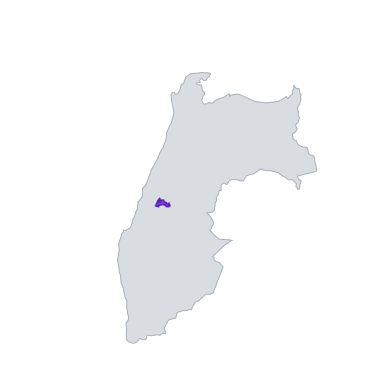 location of Junin, Junín, Peru, rotated 47°
{"feature_id": "86281439B69891072008043", "entity_name": "Junin", "entity_type": "district", "adm_level": 2, "iso_a3": "PER", "parent_name": "Peru", "parent_adm1": "Junín", "projection": "natural_earth1", "projection_center": [-75.905, -11.058], "detail": "fine", "context": "in_parent", "style": "filled", "palette": "violet", "viewbox_px": 384, "rotation_deg": 47, "n_neighbors": 0, "source": "geoboundaries", "source_scale": "gbopen_adm2", "svg_char_len": 6794}
<svg xmlns="http://www.w3.org/2000/svg" viewBox="0 0 384 384"><g transform="rotate(47 192 192)"><path d="M263.0,111.4L262.9,112.4L261.8,112.9L260.7,112.2L259.2,112.4L256.9,110.0L251.3,110.3L248.9,113.2L245.2,113.8L241.2,115.2L236.7,115.7L229.6,120.3L227.9,122.2L224.7,124.8L222.1,125.8L220.8,134.1L218.2,138.9L217.2,141.6L218.6,145.6L218.5,147.5L217.1,149.1L215.9,149.3L213.4,151.0L209.8,154.7L209.2,157.5L210.4,161.2L209.9,161.7L206.9,162.4L207.0,164.4L206.4,165.2L208.9,168.2L210.3,168.9L210.4,169.7L210.2,170.4L209.6,170.8L209.6,171.4L211.4,173.6L212.7,178.1L215.4,180.2L215.4,181.7L216.2,183.1L217.5,184.1L220.7,188.6L220.8,190.6L217.4,195.4L223.0,195.4L229.0,197.0L229.9,197.7L230.6,199.9L230.7,201.3L231.9,202.4L231.8,205.0L239.8,205.0L244.9,204.4L253.4,196.5L254.7,195.8L254.0,197.5L253.9,198.8L254.3,200.1L253.3,202.1L253.2,221.3L254.7,220.3L256.7,222.1L258.1,222.2L262.7,220.0L268.0,220.4L280.3,245.6L279.2,247.3L279.3,248.6L277.7,249.7L276.2,251.7L276.0,261.8L274.7,264.8L275.4,266.4L276.1,269.6L277.2,271.5L277.5,272.7L277.4,273.2L275.6,274.3L275.5,276.1L272.4,279.7L271.8,282.1L270.6,282.9L270.4,285.6L273.2,290.1L271.4,292.7L269.7,296.6L272.4,304.9L273.6,306.1L274.8,306.0L276.6,306.8L277.6,308.0L275.3,309.5L274.9,310.2L275.1,312.9L272.6,315.0L269.2,320.2L268.3,320.5L266.6,322.0L266.3,322.8L266.6,323.6L268.0,325.1L268.2,327.0L265.8,329.3L264.1,329.6L263.4,330.2L264.1,333.4L264.1,334.9L263.5,336.6L262.3,338.4L258.8,340.4L255.5,340.7L250.0,335.9L248.3,333.9L242.9,329.9L242.1,325.6L240.3,323.6L236.9,322.0L234.3,319.8L232.3,318.8L227.4,314.0L222.9,312.5L214.5,307.4L210.0,305.8L204.2,301.1L201.0,299.8L198.5,297.6L190.9,292.9L189.7,291.4L188.5,289.1L186.8,287.7L184.9,284.6L182.1,282.7L179.4,280.3L176.0,273.6L174.5,272.1L174.3,269.1L173.2,267.7L174.9,266.7L175.9,262.1L175.4,259.7L171.5,253.4L170.7,250.8L167.9,246.0L166.9,243.1L164.6,241.0L163.7,239.2L162.4,238.4L162.3,236.2L161.5,232.0L160.2,229.8L155.7,225.9L155.3,221.5L154.3,218.5L148.0,206.4L144.3,194.7L141.2,188.2L140.0,184.5L139.9,182.5L137.6,179.0L136.4,175.9L131.2,169.8L128.3,163.0L127.9,161.0L125.8,157.3L122.6,152.5L120.9,150.5L111.1,144.6L106.5,140.9L105.9,139.1L106.2,138.0L107.2,136.9L108.6,137.7L109.4,137.4L110.1,136.1L110.1,134.1L109.2,131.5L106.1,126.5L106.9,124.2L103.7,118.4L104.4,112.8L105.2,111.3L109.9,105.6L111.2,103.2L113.3,101.7L115.3,99.4L117.8,97.6L118.6,98.2L119.3,101.3L119.2,103.3L119.9,105.5L118.2,107.6L116.3,107.2L115.5,107.7L115.3,108.7L115.6,110.2L116.1,110.9L117.5,110.9L115.6,113.9L115.7,114.5L117.0,115.1L118.3,114.3L119.6,112.6L120.5,112.3L125.3,115.3L127.5,114.9L129.2,116.3L129.4,118.4L131.8,122.6L135.4,123.6L136.0,123.3L136.8,121.7L137.6,121.5L137.7,119.1L140.8,116.7L141.3,115.0L140.8,113.8L140.9,112.8L142.7,107.3L143.3,106.8L143.8,105.0L144.5,103.9L145.6,97.8L146.4,97.8L147.3,99.2L148.2,98.9L147.7,97.5L147.9,97.0L151.3,92.1L152.4,91.0L168.9,84.2L177.2,77.2L184.5,67.5L186.8,57.6L187.6,58.3L189.0,58.1L188.5,54.1L188.8,52.2L188.8,51.6L186.5,49.3L185.6,46.7L183.6,45.2L183.7,44.6L185.8,45.2L187.7,44.9L189.3,43.3L190.5,43.5L193.2,45.7L195.3,45.9L195.9,47.5L197.9,48.6L200.6,52.1L201.9,55.8L201.8,56.4L203.0,58.4L205.7,59.3L208.4,62.1L211.2,62.9L212.5,65.4L213.2,66.2L213.6,67.6L213.2,69.2L213.6,70.1L215.6,71.6L217.4,71.6L217.8,72.3L218.7,76.4L218.1,78.5L218.4,79.6L220.7,80.6L221.3,81.5L223.2,81.7L225.8,80.8L229.0,82.0L231.5,81.6L232.6,81.3L233.8,80.4L234.8,80.4L237.3,77.8L238.0,77.6L240.7,78.7L243.0,80.5L245.8,80.2L247.0,79.1L249.0,78.4L252.7,80.6L253.5,81.7L254.5,81.9L258.4,84.0L259.1,84.9L261.2,85.8L261.7,86.5L261.5,87.3L252.2,104.0L255.1,105.4L257.8,104.5L259.2,105.6L260.2,108.3L262.3,110.2L263.0,111.4Z" fill="#d9dde1" stroke="#a8b0b8" stroke-width="1"/><path d="M186.7,219.1L186.7,218.8L186.7,218.7L186.8,218.7L187.0,218.5L187.0,218.4L187.0,217.9L186.9,217.7L187.0,217.6L186.9,217.4L186.6,217.1L186.3,217.1L186.2,217.1L185.9,217.2L185.9,217.3L185.9,217.5L185.7,217.6L185.7,217.4L185.6,217.2L185.5,217.3L185.4,217.2L185.2,217.2L184.8,217.0L184.7,217.0L184.6,216.8L184.5,216.7L184.5,216.8L184.4,217.0L184.4,217.3L184.4,217.5L184.3,218.0L184.2,218.0L184.0,218.3L183.8,218.3L183.5,218.4L183.4,218.3L183.1,218.4L183.1,218.5L182.9,218.6L182.7,218.5L182.8,218.4L182.8,218.2L182.7,218.2L182.4,218.1L182.2,218.1L182.1,218.3L181.8,218.4L181.6,218.3L181.4,218.3L181.0,218.7L181.0,218.9L181.0,219.0L180.8,219.2L180.8,219.3L180.7,219.3L180.6,219.2L180.4,219.0L180.2,219.0L179.9,219.0L179.7,219.1L179.6,219.3L179.4,219.3L179.3,219.2L179.1,219.0L179.1,218.9L179.0,218.7L178.9,218.6L178.6,218.3L178.4,218.4L178.3,218.6L178.1,218.8L178.0,219.0L177.9,219.1L177.8,219.3L177.7,219.3L177.4,219.4L177.3,219.5L177.2,219.7L177.2,219.8L177.1,220.0L176.9,220.2L176.9,220.3L176.8,220.6L177.0,220.6L176.9,220.6L177.0,220.7L176.9,220.7L177.1,220.7L177.4,220.8L177.5,220.9L177.7,221.1L177.8,221.2L177.8,221.3L177.8,221.6L178.0,221.6L178.3,221.6L178.3,221.8L178.3,222.0L178.2,222.0L178.1,222.3L178.1,222.5L177.9,222.6L177.7,222.6L177.6,222.8L177.6,222.7L177.6,222.9L177.6,223.0L177.3,223.0L177.3,222.9L177.1,222.9L177.1,223.1L176.9,223.0L176.7,222.8L176.7,222.7L176.8,222.7L176.7,222.6L176.8,222.6L176.7,222.5L176.4,222.5L176.3,222.2L176.2,222.0L176.1,221.9L175.9,221.7L175.7,221.4L175.6,221.2L175.4,220.9L175.3,220.7L175.2,220.5L175.1,220.4L175.0,220.2L174.9,220.0L174.8,219.9L174.7,219.9L174.6,220.1L174.6,220.4L174.7,220.5L174.8,220.5L174.7,220.6L174.7,220.8L174.8,220.9L174.8,221.1L174.8,221.3L174.9,221.5L175.0,221.7L175.0,221.8L175.1,222.0L175.0,222.3L175.0,222.5L175.0,222.9L175.1,223.0L175.3,223.3L175.4,223.5L175.5,223.6L175.6,223.8L175.6,224.0L175.8,224.1L175.8,224.3L175.8,224.5L175.8,224.4L175.8,224.5L176.1,224.7L176.1,224.8L176.0,225.1L176.1,225.3L176.2,225.6L176.3,225.7L176.3,225.8L176.5,226.0L176.6,226.3L176.7,226.5L176.8,226.5L177.0,226.6L177.0,226.9L177.1,227.0L177.3,227.4L177.3,227.5L177.4,227.4L177.5,227.5L177.5,227.4L177.8,227.3L177.8,227.2L177.9,227.3L178.0,227.3L178.2,227.2L178.3,227.3L178.4,227.1L178.6,227.1L178.8,227.0L178.8,226.9L179.0,226.7L179.3,226.6L179.5,226.6L179.9,226.7L180.0,226.6L179.9,226.3L179.8,226.2L179.7,226.1L179.5,225.7L179.2,225.2L178.9,224.7L179.0,224.7L179.4,224.7L179.6,224.7L179.8,224.4L179.8,224.0L179.9,223.9L180.1,223.7L180.4,223.5L180.5,223.4L180.5,223.1L180.7,222.9L180.8,222.7L180.7,222.5L180.7,222.3L180.8,222.0L181.0,222.0L181.1,221.9L181.0,221.7L181.2,221.4L181.4,221.3L181.5,221.1L181.8,221.3L182.1,221.2L182.3,221.2L182.4,220.9L182.6,220.8L182.7,220.7L182.8,220.6L183.0,220.5L183.0,220.4L183.3,220.4L183.4,220.5L183.5,220.5L183.8,220.5L184.1,220.4L184.1,220.5L184.3,220.4L184.5,220.4L184.5,220.5L184.7,220.4L184.8,220.4L185.0,220.4L185.3,220.6L185.5,220.4L185.5,220.2L185.5,219.9L185.9,219.7L186.1,219.6L186.2,219.4L186.3,219.2L186.6,219.4L186.7,219.2L186.7,219.1Z" fill="#8b5cf6" stroke="#5b21b6" stroke-width="1.5"/></g></svg>